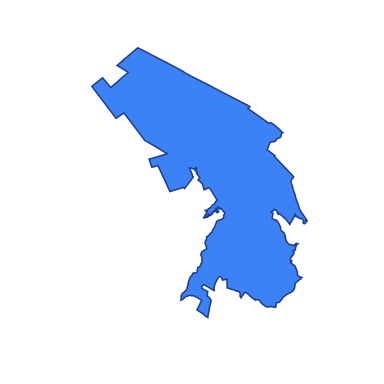 the district of Zarnesti, Buzau, Romania, rotated 206°
{"feature_id": "2599482B98945764171104", "entity_name": "Zarnesti", "entity_type": "district", "adm_level": 2, "iso_a3": "ROU", "parent_name": "Romania", "parent_adm1": "Buzau", "projection": "albers", "projection_center": [26.866, 45.322], "detail": "fine", "context": "isolated", "style": "filled", "palette": "blue", "viewbox_px": 384, "rotation_deg": 206, "n_neighbors": 0, "source": "geoboundaries", "source_scale": "gbopen_adm2", "svg_char_len": 5942}
<svg xmlns="http://www.w3.org/2000/svg" viewBox="0 0 384 384"><g transform="rotate(206 192 192)"><path d="M304.0,297.9L311.0,281.9L314.8,272.9L301.7,271.6L305.4,263.2L310.8,250.3L322.5,255.5L328.3,243.0L292.5,224.9L287.9,233.2L274.4,226.5L257.6,217.9L256.5,217.6L245.6,216.9L231.0,215.4L245.0,202.7L238.9,196.6L234.3,200.9L212.0,182.7L201.9,192.2L201.6,192.4L200.2,191.8L197.4,205.9L198.8,207.0L200.1,208.5L201.5,209.4L202.3,210.4L204.7,212.5L203.8,212.7L202.7,213.3L200.6,213.3L199.5,214.3L199.1,215.7L198.1,215.5L198.8,212.6L196.0,212.4L196.4,211.0L191.1,208.1L191.9,205.4L188.9,204.8L186.1,203.7L182.2,199.4L181.8,200.3L180.9,200.2L180.8,200.4L180.0,202.1L179.7,202.6L179.0,202.9L178.0,202.8L177.5,203.1L165.7,195.6L166.5,194.0L166.7,192.1L166.6,190.9L167.7,189.6L168.2,188.4L168.3,186.5L169.6,184.6L171.2,181.4L172.2,181.3L172.2,181.2L170.8,181.2L170.0,181.4L170.4,180.6L169.7,180.1L170.2,176.6L170.0,174.9L170.4,173.9L169.9,173.8L169.6,174.0L169.3,174.5L168.7,174.8L167.9,176.4L167.7,176.0L167.3,175.9L167.1,176.1L167.2,176.4L168.0,176.7L167.9,177.3L167.5,177.0L167.1,177.0L167.1,177.3L167.5,178.7L167.0,178.1L166.8,177.5L166.6,177.5L167.3,178.7L167.0,178.8L167.0,179.4L166.8,179.3L166.6,178.3L166.3,177.7L165.1,179.5L164.9,179.4L164.1,181.2L164.7,181.8L164.7,182.2L164.3,182.3L164.3,182.7L163.9,182.9L163.5,183.5L163.9,183.8L164.0,184.5L163.9,184.8L163.7,185.2L163.1,185.0L161.7,184.9L161.6,185.1L160.2,184.4L159.7,185.2L159.4,185.7L159.6,185.8L159.4,186.2L159.6,186.3L159.9,186.4L160.3,185.2L162.5,186.2L162.9,186.7L161.5,186.1L161.2,186.1L161.1,186.6L162.2,187.1L162.9,187.2L163.0,186.9L163.1,187.0L163.3,187.6L161.8,187.1L161.2,188.3L160.9,188.8L160.8,189.1L162.4,189.9L161.9,190.1L161.1,189.7L160.9,189.3L160.3,189.3L159.5,188.8L158.8,190.2L156.1,188.6L155.0,188.3L153.2,187.5L153.1,186.7L153.3,185.4L153.3,184.8L152.4,183.1L152.3,182.5L152.8,181.5L154.2,179.5L155.5,178.6L156.2,177.9L156.9,176.4L156.5,172.1L156.2,170.4L156.6,168.7L156.7,167.7L156.5,164.9L156.7,164.2L157.7,162.2L157.8,160.6L158.0,160.1L159.3,158.2L158.5,157.0L158.4,156.7L158.3,154.7L158.4,153.3L158.3,152.7L157.2,151.0L154.7,148.6L153.9,147.5L154.4,146.4L155.0,146.0L156.3,143.2L156.9,143.0L156.7,142.3L156.9,140.4L156.2,139.0L155.0,138.2L152.1,133.3L152.3,132.1L152.6,131.7L152.2,130.6L152.4,129.5L152.3,128.3L152.9,127.3L153.3,126.9L153.9,126.7L153.1,125.3L153.1,123.7L152.3,122.7L152.2,122.4L152.4,121.8L153.6,120.3L155.0,120.2L155.4,119.6L155.6,118.5L155.6,116.6L156.2,115.5L156.3,114.4L155.9,110.1L155.2,107.4L154.7,106.8L154.7,104.8L153.9,102.0L153.9,101.6L155.1,99.3L155.1,98.6L155.8,97.6L156.1,96.6L156.3,94.4L156.2,93.9L154.6,90.5L154.5,89.9L153.4,91.2L153.2,91.6L152.9,92.9L152.2,93.7L152.0,94.6L151.5,95.5L149.9,97.0L148.7,98.3L147.9,98.3L146.4,98.7L145.4,99.4L141.0,99.4L135.8,99.0L135.9,88.2L127.3,87.1L126.3,86.5L122.7,86.1L123.8,88.8L123.7,89.3L124.2,91.4L125.8,96.6L126.9,101.7L127.5,103.2L130.6,104.9L132.7,105.1L133.9,108.3L134.1,109.4L141.1,109.8L141.2,110.5L141.6,111.1L141.2,113.1L140.8,114.2L139.5,113.9L128.8,113.0L128.8,113.5L129.6,114.5L130.2,115.7L131.0,119.1L130.9,120.0L131.1,121.2L130.9,122.8L131.0,124.3L130.5,127.9L129.1,128.3L128.2,128.4L127.3,127.6L126.5,126.6L126.1,126.2L125.8,126.2L122.4,128.9L118.3,121.2L116.1,121.7L115.2,121.6L113.8,121.7L111.2,122.6L110.4,122.4L109.7,122.5L108.7,122.3L107.7,122.9L106.5,123.0L105.3,122.8L104.5,122.1L103.8,121.0L103.2,119.4L102.5,118.9L101.5,118.4L101.6,119.0L100.9,121.5L100.9,123.2L100.8,124.4L100.7,124.6L99.4,125.3L95.1,124.4L94.7,124.3L94.5,123.9L87.6,122.6L87.5,123.4L85.7,123.8L84.1,124.5L82.6,123.5L82.2,123.1L79.8,122.2L78.1,122.0L77.8,121.8L74.6,121.3L70.1,123.9L66.3,124.9L66.7,126.9L67.4,128.3L67.5,129.4L66.9,130.0L65.9,130.4L65.1,131.4L64.7,132.8L64.6,133.9L64.1,135.3L64.1,137.2L61.2,142.6L59.4,144.6L58.7,145.7L58.5,146.4L57.7,147.5L57.6,150.5L58.2,152.0L58.4,153.3L59.1,154.3L59.1,155.0L58.7,156.5L57.5,159.0L57.2,160.0L56.0,161.5L56.0,162.0L56.0,162.8L55.7,163.3L56.8,163.3L57.2,163.0L57.5,162.9L60.7,163.3L60.8,164.0L61.4,164.5L61.5,164.9L61.9,165.4L62.0,166.0L62.5,166.7L63.6,167.5L65.1,169.1L65.7,169.5L66.9,170.6L68.2,170.9L69.0,170.8L70.7,171.5L72.0,171.6L71.9,173.0L72.1,173.3L72.3,173.9L73.0,173.2L73.5,173.8L74.3,175.3L74.4,177.4L74.4,177.9L73.9,177.9L74.0,178.8L73.5,179.5L73.5,181.6L74.3,182.5L75.4,183.3L74.2,184.0L73.8,185.3L74.2,185.6L74.3,187.4L74.9,188.8L74.9,189.2L74.8,189.5L74.6,191.0L74.1,191.8L75.8,191.6L76.2,190.6L76.0,190.2L76.5,189.8L76.9,188.6L78.2,188.5L80.0,187.9L80.3,188.0L80.5,187.8L81.0,187.9L81.9,187.5L82.6,187.6L85.8,189.4L87.7,191.3L87.6,191.8L88.3,192.1L88.6,192.8L89.7,194.2L91.8,195.8L92.4,196.0L93.4,195.9L95.3,196.7L95.8,197.1L96.5,198.1L97.1,199.3L100.3,201.8L102.2,203.0L102.8,203.2L103.2,203.6L103.7,203.7L106.8,203.2L108.6,203.5L109.6,208.0L110.0,208.3L112.1,208.5L110.7,210.7L110.6,212.4L109.4,212.3L109.0,212.6L107.1,211.6L106.3,211.4L105.6,210.0L104.4,209.9L104.4,210.8L101.7,210.4L101.6,210.2L98.2,209.3L97.9,209.0L96.7,209.0L94.6,208.1L89.8,205.7L89.7,206.7L89.9,207.2L89.3,213.8L89.6,216.0L89.7,216.6L89.7,217.0L89.6,216.9L89.4,216.5L88.5,215.9L87.6,216.3L87.1,216.2L87.1,215.8L87.5,215.5L87.3,215.5L85.5,216.0L84.9,215.3L82.5,215.7L81.8,216.0L81.0,216.0L78.9,214.9L79.1,214.5L78.7,213.1L78.1,212.6L77.4,212.7L76.4,213.2L76.6,214.3L76.5,215.6L77.1,216.0L77.2,216.6L76.0,215.9L75.8,216.6L86.1,222.6L88.0,224.0L91.2,227.4L94.8,230.9L95.0,230.7L95.1,231.0L99.1,235.7L101.0,237.4L101.9,238.5L102.7,239.1L103.8,240.7L107.2,244.2L108.0,244.7L107.2,250.1L109.3,251.1L133.5,260.1L133.8,260.4L133.5,261.0L143.1,263.0L143.0,265.6L143.5,268.0L143.3,269.5L143.5,270.9L143.0,271.5L139.6,273.7L139.3,274.4L138.8,277.2L138.5,278.0L137.8,278.6L136.8,279.0L136.5,281.2L137.2,283.2L137.2,284.1L136.3,285.1L140.8,286.6L147.6,288.4L152.0,288.9L152.7,287.4L178.3,291.6L177.2,294.0L178.9,294.3L207.5,294.9L224.7,295.5L243.5,295.7L250.3,296.0L252.2,296.4L261.4,296.9L304.0,297.9Z" fill="#3b82f6" stroke="#1e3a8a" stroke-width="1.5"/></g></svg>